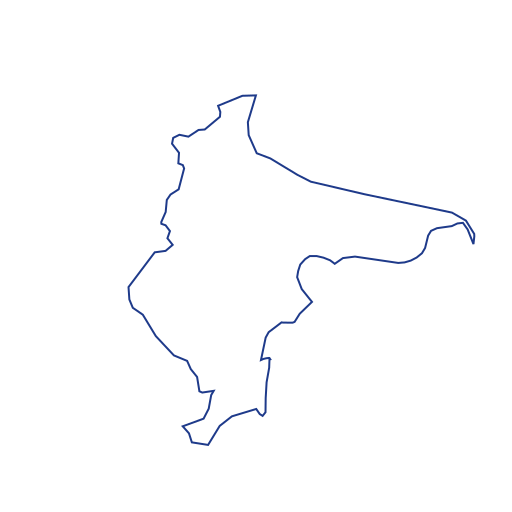 outline of East Riding of Yorkshire, rotated 316°
{"feature_id": "GBR-2124", "entity_name": "East Riding of Yorkshire", "entity_type": "Unitary Authority", "adm_level": 1, "iso_a3": "GBR", "parent_name": "United Kingdom", "parent_adm1": "", "projection": "orthographic", "projection_center": [-0.492, 53.866], "detail": "fine", "context": "isolated", "style": "outline", "palette": "blue", "viewbox_px": 512, "rotation_deg": 316, "n_neighbors": 0, "source": "natural_earth", "source_scale": "10m", "svg_char_len": 1518}
<svg xmlns="http://www.w3.org/2000/svg" viewBox="0 0 512 512"><g transform="rotate(316 256 256)"><path d="M333.1,121.6L357.5,131.3L367.5,140.4L343.1,154.1L334.7,164.0L327.9,182.6L334.1,195.8L342.2,226.5L347.1,240.7L376.8,286.7L427.1,360.9L431.6,376.4L428.3,391.7L426.7,393.5L420.7,398.5L426.7,383.9L427.9,375.9L423.5,372.5L417.6,370.5L405.5,361.7L399.4,359.5L394.0,360.9L383.2,367.7L377.3,369.3L370.5,368.7L364.1,366.8L358.4,363.8L353.5,359.8L326.8,325.2L317.1,317.9L307.2,316.3L307.0,314.7L306.3,310.5L303.4,304.1L299.6,298.2L294.6,293.4L289.2,292.4L281.9,292.9L275.9,296.1L270.9,299.8L265.9,311.6L264.9,322.3L264.4,327.9L247.4,327.9L238.0,330.2L236.0,329.4L229.1,322.6L228.3,321.5L212.2,319.6L206.3,321.4L187.3,334.3L189.8,335.2L192.2,336.6L194.6,338.4L194.8,338.7L194.5,340.2L193.8,339.8L187.9,345.5L175.9,354.2L164.3,364.9L154.3,375.0L149.7,375.6L148.9,372.3L149.9,366.2L127.3,354.6L111.9,353.0L90.3,358.6L80.4,345.5L84.6,337.0L85.0,327.6L105.3,336.6L115.9,333.0L127.2,324.9L131.9,323.6L122.5,316.9L121.3,314.0L129.6,302.1L130.5,292.1L133.6,283.6L127.9,270.5L128.1,255.2L128.3,244.0L133.8,219.6L131.4,207.7L131.9,206.4L134.7,199.3L142.7,189.8L185.7,183.0L194.5,189.5L203.8,190.1L204.6,181.7L211.4,178.3L212.3,171.1L210.3,167.1L211.4,165.8L221.6,161.6L230.8,153.7L237.2,152.4L246.7,154.3L265.1,143.1L266.5,139.8L264.5,135.4L272.3,128.3L273.6,116.9L278.5,113.5L285.1,115.6L290.3,123.2L302.2,125.4L307.0,129.4L326.8,130.8L330.4,127.6L332.9,122.0L333.1,121.6Z" fill="none" stroke="#1e3a8a" stroke-width="2"/></g></svg>